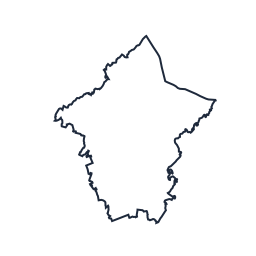 outline of Duong Minh Chau, Tây Ninh, Vietnam, rotated 24°
{"feature_id": "81297802B96522155706340", "entity_name": "Duong Minh Chau", "entity_type": "district", "adm_level": 2, "iso_a3": "VNM", "parent_name": "Vietnam", "parent_adm1": "Tây Ninh", "projection": "orthographic", "projection_center": [106.272, 11.33], "detail": "fine", "context": "isolated", "style": "outline", "palette": "slate", "viewbox_px": 256, "rotation_deg": 24, "n_neighbors": 0, "source": "geoboundaries", "source_scale": "gbopen_adm2", "svg_char_len": 5856}
<svg xmlns="http://www.w3.org/2000/svg" viewBox="0 0 256 256"><g transform="rotate(24 128 128)"><path d="M196.8,67.2L196.4,66.8L189.9,69.2L187.4,69.5L181.0,69.5L176.3,69.2L164.4,69.3L159.4,71.1L157.3,71.2L154.7,70.4L152.0,70.1L145.3,70.2L143.0,70.1L134.3,59.0L129.2,51.8L127.3,49.8L124.2,47.6L118.5,44.0L107.3,36.5L106.7,37.4L105.4,40.8L104.6,47.3L104.0,48.2L103.4,48.4L102.4,49.6L102.1,51.3L101.4,53.7L101.1,54.1L99.7,55.2L99.1,56.5L98.0,58.0L98.2,59.9L98.1,60.6L97.6,61.0L97.5,61.3L97.9,62.5L98.8,63.6L97.8,64.2L96.3,64.5L95.7,64.3L95.0,63.8L94.6,63.6L92.6,63.3L91.6,67.1L90.5,68.0L90.1,69.7L89.7,69.9L89.8,70.9L90.3,72.0L90.4,73.1L90.0,73.4L87.3,74.8L87.3,75.5L87.7,76.0L87.7,76.4L87.0,77.1L86.8,78.1L86.4,78.6L83.7,77.7L83.3,79.1L83.2,81.0L84.3,83.4L83.2,83.8L82.7,83.8L82.3,84.8L83.6,85.4L85.5,87.3L87.1,89.2L87.2,89.3L86.6,89.4L86.3,89.6L86.4,90.5L86.8,91.1L87.3,91.2L88.3,89.7L90.4,91.2L89.8,91.4L89.5,92.1L89.0,92.6L88.7,93.6L88.6,94.4L87.7,95.7L87.9,97.9L87.7,100.1L87.0,102.7L86.3,104.0L85.9,103.7L84.6,104.8L82.2,105.3L82.0,106.0L81.7,106.3L81.6,106.9L81.9,107.5L82.3,109.2L82.1,109.2L81.9,109.4L81.9,111.1L81.7,111.2L80.9,110.6L80.8,112.9L79.5,112.3L79.2,112.9L78.2,112.9L77.8,112.0L75.7,113.3L75.3,114.4L74.3,114.9L73.5,118.0L72.2,118.9L71.7,119.6L71.4,120.6L69.3,121.3L68.8,122.9L68.8,124.1L67.7,125.2L67.1,126.9L67.0,129.0L66.6,129.7L66.3,129.6L65.5,130.0L64.6,131.2L64.5,131.9L64.6,132.2L64.4,133.2L64.7,133.7L64.1,134.2L62.6,134.4L61.4,134.0L60.2,134.0L60.8,138.0L58.9,137.4L58.6,137.5L57.7,138.0L57.2,138.7L56.5,144.1L56.5,145.6L56.8,146.3L57.4,146.8L57.4,147.1L57.0,147.7L58.6,149.8L58.4,150.6L58.2,151.1L58.7,151.0L59.9,150.3L61.2,148.9L61.9,147.8L62.5,146.0L63.7,147.2L64.5,147.4L64.9,147.8L65.8,149.6L66.1,150.6L65.8,151.4L66.6,153.2L66.8,153.4L70.8,152.8L71.3,150.2L70.7,149.6L72.9,147.8L76.0,148.0L79.0,151.6L79.2,153.1L79.6,153.0L79.8,153.3L80.1,153.0L81.7,152.3L81.8,152.4L82.1,153.7L86.9,152.8L88.1,153.6L88.4,153.3L89.2,153.6L89.9,153.1L91.5,153.1L91.7,153.4L92.0,155.4L92.9,158.0L94.0,159.2L94.1,160.0L95.4,161.4L95.8,162.0L95.9,163.7L95.8,164.0L95.2,164.3L94.7,166.9L94.6,169.5L94.1,169.6L94.2,172.2L94.5,172.3L97.8,172.3L97.9,171.3L98.5,170.4L99.4,169.8L99.7,169.3L100.2,166.8L101.0,165.8L100.9,164.9L101.6,165.0L101.5,167.7L102.3,168.5L101.6,170.4L101.7,171.0L102.1,171.3L102.3,171.1L103.7,169.5L105.4,168.4L106.0,169.1L105.3,170.0L109.9,174.3L105.1,179.3L107.9,182.1L110.6,185.9L112.2,185.9L112.1,184.3L113.1,184.2L113.4,185.1L113.7,190.3L113.9,191.7L114.5,192.0L115.0,191.8L117.2,191.8L117.9,192.5L116.1,194.7L116.7,195.2L117.3,194.3L117.5,194.4L118.5,195.3L118.0,195.9L121.1,197.7L121.8,197.8L122.9,196.0L123.4,196.5L124.1,196.7L124.3,197.0L123.9,197.7L123.8,198.5L125.4,199.5L126.5,200.9L127.5,201.9L128.1,202.3L130.6,206.0L132.7,204.6L133.3,204.4L135.0,204.2L136.9,204.6L137.6,205.1L137.7,205.5L138.2,206.3L138.9,207.9L139.6,208.6L140.2,209.8L141.4,207.1L141.8,207.4L142.3,208.1L142.5,208.7L143.5,210.6L143.8,212.5L144.1,213.6L143.9,214.2L145.5,215.4L147.5,215.7L146.9,217.4L147.6,218.1L149.5,217.6L151.3,219.5L163.6,207.1L165.7,209.5L166.3,209.2L168.1,207.1L169.3,207.0L171.1,206.0L171.4,206.3L172.3,205.3L171.3,203.8L170.1,199.2L169.9,198.7L174.7,197.2L174.9,197.4L175.9,197.5L176.4,197.9L178.8,196.3L179.2,196.6L180.0,197.5L180.7,198.7L181.2,199.0L181.3,200.0L181.8,200.7L182.0,201.4L183.6,203.4L184.3,203.2L184.9,203.3L185.2,203.1L185.6,203.3L186.7,202.3L187.1,202.0L187.5,201.3L188.4,200.8L189.4,200.8L190.0,201.1L190.8,201.3L191.1,201.8L191.5,201.8L191.9,202.2L192.2,202.1L192.5,203.2L193.8,201.9L194.0,201.5L194.3,197.5L194.8,195.5L195.8,189.0L196.1,187.8L194.6,186.0L194.1,183.8L193.1,182.4L194.0,181.7L193.1,181.0L191.4,180.7L191.3,180.2L191.3,179.3L191.7,178.7L194.5,176.2L195.4,175.9L197.2,175.9L197.2,174.8L197.5,174.1L198.0,173.7L199.4,173.4L199.5,172.8L199.2,171.8L198.3,171.1L198.0,171.2L196.9,172.3L196.2,172.5L192.6,171.8L191.1,171.4L190.8,171.2L191.9,169.6L192.2,168.8L192.4,166.6L193.1,164.7L192.9,162.6L193.7,160.4L193.7,160.0L193.0,159.9L192.7,159.5L192.5,158.2L192.8,157.9L193.9,157.7L194.5,157.3L194.4,156.9L193.8,156.2L193.7,154.9L193.4,154.8L193.1,155.1L192.6,155.6L192.3,156.5L192.0,156.7L192.0,155.2L191.5,154.7L189.0,153.9L188.5,154.0L187.4,155.2L186.7,156.5L186.7,157.1L187.5,158.2L187.5,158.4L187.1,158.5L186.3,158.4L185.3,157.4L184.6,156.5L184.5,155.9L184.9,154.5L185.0,153.4L184.7,151.9L184.7,151.4L185.0,151.1L185.3,151.1L187.1,151.5L187.2,151.1L186.6,150.3L185.6,149.2L184.3,148.6L183.8,148.6L183.5,148.9L183.1,149.3L182.9,149.8L183.1,150.4L183.8,151.4L184.2,152.4L184.0,152.6L183.0,152.4L182.8,152.1L182.7,151.5L181.6,150.9L181.2,150.3L181.2,147.3L181.4,146.8L182.6,145.6L183.1,144.5L185.3,139.0L185.4,138.0L187.3,133.1L187.3,131.9L187.1,131.5L186.3,131.5L186.0,131.3L186.0,130.5L186.5,129.7L186.6,128.9L186.3,128.5L185.7,128.4L184.8,128.8L184.1,128.9L182.8,126.1L179.7,123.6L177.6,122.6L176.8,122.0L175.8,120.4L175.6,119.2L175.7,118.6L176.3,117.9L177.9,117.1L178.1,116.2L179.1,115.1L178.9,114.4L178.2,113.4L178.2,112.6L178.5,112.0L179.9,111.0L180.3,109.0L181.5,108.3L181.8,107.1L181.0,106.5L181.0,105.7L181.5,105.6L182.1,105.7L183.1,106.3L183.9,107.2L184.5,107.4L185.0,107.2L186.2,106.4L187.1,106.8L187.6,106.0L188.7,102.4L188.6,102.2L188.3,102.3L187.6,103.7L187.2,103.7L187.1,102.8L187.8,100.7L187.7,100.1L187.2,98.6L187.3,97.5L188.0,96.1L188.4,95.7L188.7,95.9L188.8,97.0L189.3,97.8L189.6,97.9L190.1,97.7L190.5,97.2L190.5,96.2L189.6,95.2L190.0,93.5L189.7,92.6L189.8,91.6L189.4,90.3L190.7,89.2L191.6,88.1L192.0,85.5L192.3,84.9L192.9,84.9L193.9,86.3L194.5,86.4L194.7,86.0L194.5,85.6L194.6,84.5L194.4,84.1L194.4,83.7L195.9,83.6L196.1,83.3L195.6,82.5L196.1,81.4L195.7,80.4L196.3,78.7L196.2,78.5L195.5,78.3L195.3,77.9L195.5,77.7L196.6,77.6L196.3,76.4L196.6,75.8L195.6,75.0L195.7,73.9L195.5,71.8L196.1,68.4L196.4,67.5L196.8,67.2Z" fill="none" stroke="#1e293b" stroke-width="2"/></g></svg>